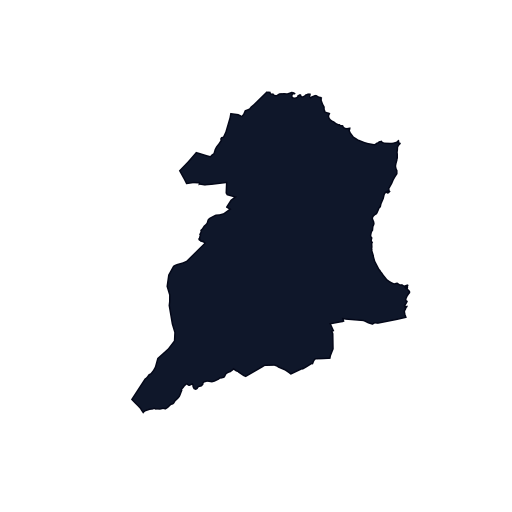 the district of Klepp nor, Rogaland, Norway, rotated 147°
{"feature_id": "86288312B2742263230079", "entity_name": "Klepp nor", "entity_type": "district", "adm_level": 2, "iso_a3": "NOR", "parent_name": "Norway", "parent_adm1": "Rogaland", "projection": "robinson", "projection_center": [5.601, 58.762], "detail": "fine", "context": "isolated", "style": "filled", "palette": "ink", "viewbox_px": 512, "rotation_deg": 147, "n_neighbors": 0, "source": "geoboundaries", "source_scale": "gbopen_adm2", "svg_char_len": 6109}
<svg xmlns="http://www.w3.org/2000/svg" viewBox="0 0 512 512"><g transform="rotate(147 256 256)"><path d="M261.8,371.7L273.5,369.0L274.2,359.0L274.7,354.6L269.0,352.0L267.3,350.9L265.3,349.4L263.5,348.5L264.4,347.2L264.2,347.2L260.1,343.5L258.8,342.9L253.8,340.2L240.5,333.7L246.6,325.1L246.7,323.1L241.1,316.7L246.5,316.3L253.8,313.0L253.9,312.9L252.1,309.3L260.0,308.9L264.1,310.2L267.2,311.9L267.8,312.1L274.1,312.7L275.7,312.5L276.3,312.3L277.5,311.4L278.4,310.5L279.7,309.8L281.4,309.4L283.1,309.2L286.2,307.8L288.0,307.5L288.3,307.3L288.8,305.9L290.0,305.4L291.3,304.5L291.2,303.8L293.1,302.2L293.9,301.2L294.6,301.3L294.7,300.3L294.1,300.3L294.1,298.5L292.6,297.3L292.9,297.2L292.4,296.6L291.8,295.2L291.7,294.8L292.2,294.3L317.0,289.2L321.1,289.9L326.5,291.6L328.8,292.1L330.7,292.2L339.5,287.5L347.0,278.9L349.5,270.3L353.2,264.7L355.7,261.7L363.1,244.6L365.6,236.0L370.6,229.1L380.1,225.7L394.1,223.5L400.3,218.0L401.1,217.4L404.3,215.7L407.8,214.5L408.6,214.4L410.2,214.6L411.1,214.4L412.0,213.9L414.4,213.2L415.9,213.2L438.2,203.3L437.3,198.7L436.4,194.6L435.8,191.1L435.9,189.3L435.8,186.2L434.9,186.5L433.2,186.6L428.6,185.4L426.0,184.1L424.5,183.8L424.2,183.6L423.6,182.5L421.9,181.5L419.9,180.0L416.9,178.9L415.2,177.2L412.5,177.2L408.9,177.9L407.9,177.9L406.4,177.4L405.1,177.6L402.8,178.7L399.3,179.3L397.6,179.8L396.6,180.2L395.4,181.0L391.4,183.9L391.4,184.5L390.8,185.0L389.1,185.4L387.6,185.9L387.1,186.2L384.5,186.6L383.9,186.6L383.5,186.3L383.4,185.8L383.2,185.4L383.0,184.7L382.6,184.1L382.3,183.9L379.1,183.4L379.1,182.2L379.9,180.6L380.1,178.5L379.1,177.1L377.6,177.0L376.3,177.7L375.0,177.8L374.1,177.4L372.4,176.9L370.4,177.5L369.7,178.5L368.4,178.8L365.3,177.9L364.0,176.9L361.5,174.6L359.0,173.8L354.3,173.2L353.6,173.4L352.5,173.3L351.8,172.8L349.1,171.9L348.3,172.0L345.9,173.4L345.1,173.7L343.5,173.7L341.9,173.5L340.8,173.1L337.4,173.3L336.3,173.6L335.1,170.5L333.7,168.7L333.8,168.2L331.4,162.5L330.2,160.7L311.1,159.7L308.4,159.7L299.9,154.5L297.8,151.6L297.7,151.2L297.8,151.1L297.6,150.6L293.5,144.5L291.7,140.2L291.0,138.1L278.2,136.4L278.2,135.9L274.3,135.7L268.7,135.6L267.1,135.4L266.9,135.3L266.9,135.2L264.5,136.9L262.2,137.5L256.8,134.2L249.7,130.1L248.0,131.9L242.0,136.2L234.1,148.8L233.8,149.5L233.6,151.7L231.8,151.3L230.7,158.8L220.3,154.5L219.6,154.1L218.0,153.7L217.3,156.3L214.6,153.9L201.1,143.5L200.0,142.0L198.2,138.9L195.4,135.5L192.8,135.4L190.4,133.4L189.2,132.9L172.2,126.1L163.7,123.0L163.3,124.5L163.2,125.6L162.4,127.2L162.2,128.1L161.8,128.5L161.8,128.9L161.6,129.1L159.9,129.9L158.7,130.8L158.6,131.0L159.1,131.3L159.0,131.5L158.9,131.5L157.6,131.2L157.1,131.5L157.3,131.6L157.6,131.4L158.3,131.5L158.2,131.8L158.2,132.4L158.7,133.1L158.6,133.4L157.8,133.7L157.9,133.8L157.8,134.0L156.1,134.5L154.1,135.6L154.1,135.9L154.6,136.8L154.3,137.8L153.2,138.9L151.1,140.2L148.7,141.2L148.8,141.3L148.1,141.5L147.5,141.5L147.1,141.8L146.7,142.5L146.7,143.3L147.1,145.2L147.1,146.4L146.1,147.2L145.6,148.1L145.9,148.4L146.4,148.5L146.5,148.4L146.8,147.6L147.9,147.3L147.9,147.5L148.1,147.6L148.1,148.2L147.0,148.2L146.9,148.1L146.7,148.2L147.1,148.5L147.3,148.4L147.9,148.5L147.9,148.9L147.5,149.2L146.9,149.1L146.8,148.9L145.5,148.8L144.8,148.9L144.9,149.1L148.1,149.9L148.8,150.9L149.3,152.2L150.8,153.1L151.4,153.7L152.5,156.3L153.0,156.5L155.5,157.3L157.3,160.2L157.6,161.0L157.9,161.2L159.3,164.9L159.9,170.9L159.9,173.1L160.2,175.3L160.0,176.3L160.3,177.8L159.4,187.0L158.0,191.5L157.5,192.4L156.0,197.6L155.3,198.4L155.0,199.3L154.0,200.4L152.6,202.8L151.9,203.7L151.1,204.2L151.4,205.2L151.0,206.2L150.2,207.1L149.1,208.1L149.2,209.6L148.9,210.5L148.2,211.4L146.5,213.1L145.0,214.0L144.3,214.2L142.0,217.1L140.6,218.0L139.6,218.8L138.8,220.5L138.3,223.2L137.9,224.4L136.6,225.4L135.2,225.8L133.7,226.0L132.2,225.9L131.2,226.3L128.1,228.3L127.2,229.1L124.9,229.7L122.8,231.8L118.0,235.0L115.4,237.5L114.2,238.4L112.2,238.8L111.4,237.5L111.2,237.9L110.7,237.8L110.5,238.2L111.4,238.3L111.7,238.9L110.2,238.7L110.4,237.8L110.7,237.3L110.3,237.0L108.8,237.4L109.0,238.1L108.0,240.3L102.8,243.0L99.4,245.3L96.5,246.8L93.1,248.3L91.4,250.9L91.2,252.6L90.5,254.6L89.9,255.7L88.4,257.3L85.5,259.9L85.1,260.6L84.2,261.2L82.2,264.3L81.2,266.3L80.0,267.6L78.1,270.2L77.0,270.9L75.6,271.5L74.1,271.8L73.9,272.0L74.2,272.6L74.8,273.0L74.8,273.6L73.8,274.7L73.8,275.1L76.1,274.7L79.6,275.8L81.5,276.8L86.9,280.6L88.0,281.9L88.4,282.9L88.5,283.9L89.1,284.0L90.5,284.6L91.6,284.4L92.5,284.4L93.0,284.7L95.2,284.6L96.2,284.8L101.1,289.4L103.5,292.2L106.8,296.9L107.4,297.5L108.3,299.8L109.7,302.7L110.0,307.8L109.9,308.9L109.4,310.8L108.2,311.5L107.8,312.1L110.2,313.1L111.3,313.8L112.2,315.0L112.7,316.5L112.5,318.0L114.5,319.5L114.5,320.5L115.5,321.2L116.9,323.4L117.8,326.0L118.9,327.8L119.6,329.7L119.8,331.6L119.3,333.4L118.3,334.6L116.9,335.4L117.1,335.9L117.7,336.5L119.0,338.0L120.0,339.7L119.4,340.3L119.1,341.9L117.8,343.9L117.6,346.8L116.7,351.0L115.8,352.3L115.7,352.9L115.2,353.0L115.3,353.5L117.0,355.1L118.2,357.6L118.8,358.1L119.3,358.3L122.7,359.0L123.5,358.7L124.3,359.1L124.3,360.0L124.1,360.6L122.6,362.2L123.0,362.6L123.8,362.9L124.1,363.4L125.0,363.4L126.5,363.9L127.9,363.6L130.0,363.8L131.1,364.5L131.6,365.8L131.0,366.4L131.0,366.7L131.4,367.2L133.6,367.4L134.3,366.6L135.8,366.6L136.8,366.9L137.8,367.3L138.7,368.2L139.3,369.1L139.2,369.8L139.0,370.4L138.3,371.4L136.9,372.1L135.3,371.1L135.1,371.2L135.2,371.5L135.6,371.9L135.7,372.4L136.6,372.9L136.8,373.6L141.6,374.8L144.1,376.8L145.6,377.6L146.6,378.3L148.2,379.1L151.2,379.1L151.6,379.2L153.0,380.4L153.6,381.6L153.6,382.5L155.0,383.3L155.4,383.9L155.6,384.6L155.2,385.6L156.6,386.7L157.3,387.0L157.7,387.5L175.5,383.9L179.0,383.5L179.2,383.3L180.1,383.1L180.9,382.7L182.7,382.9L185.9,383.6L189.2,381.4L191.8,380.7L192.9,381.8L192.8,382.2L194.1,384.3L199.6,389.0L202.4,386.0L213.7,376.3L218.3,373.4L218.8,373.3L220.3,373.9L221.2,373.6L221.7,373.2L222.2,371.8L225.8,370.2L229.6,368.9L232.1,367.5L235.3,364.8L235.8,364.6L237.8,364.6L240.2,364.0L242.8,366.9L248.3,373.5L248.6,373.8L249.8,375.2L250.3,375.0L261.8,371.7Z" fill="#0f172a" stroke="#020617" stroke-width="1.5"/></g></svg>